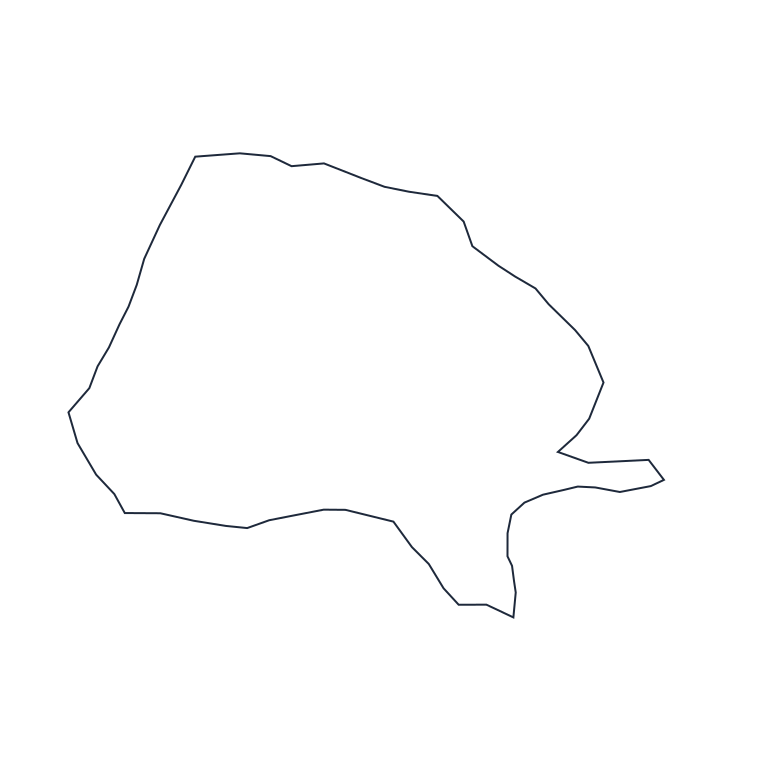 Gypsou, Cyprus (Robinson projection), rotated 106°
{"feature_id": "46923920B91151164993764", "entity_name": "Gypsou", "entity_type": "district", "adm_level": 2, "iso_a3": "CYP", "parent_name": "Cyprus", "parent_adm1": "", "projection": "robinson", "projection_center": [33.795, 35.283], "detail": "fine", "context": "isolated", "style": "outline", "palette": "slate", "viewbox_px": 768, "rotation_deg": 106, "n_neighbors": 0, "source": "geoboundaries", "source_scale": "gbopen_adm2", "svg_char_len": 991}
<svg xmlns="http://www.w3.org/2000/svg" viewBox="0 0 768 768"><g transform="rotate(106 384 384)"><path d="M399.0,88.5L384.0,108.7L393.7,137.2L403.4,165.8L401.4,198.1L380.1,184.8L360.8,177.2L322.1,173.4L291.1,198.1L279.5,215.2L262.0,247.6L250.4,264.7L244.6,287.5L238.8,306.5L227.2,337.0L205.9,352.2L188.5,384.5L192.3,413.1L194.3,437.8L192.3,462.5L188.5,502.5L200.1,532.9L196.2,555.8L202.0,586.2L217.5,628.1L248.5,633.8L293.0,643.3L329.8,649.0L356.9,649.0L380.1,650.9L399.5,654.7L424.7,658.5L446.0,664.2L469.2,666.1L498.2,679.5L525.3,662.3L550.5,635.7L564.1,612.9L579.5,597.6L569.9,563.4L567.9,529.1L564.0,496.8L560.2,475.8L546.6,456.8L536.9,437.8L521.4,407.3L515.6,386.4L513.7,337.0L533.1,312.2L544.7,291.3L564.0,270.4L575.6,251.4L567.9,224.7L572.7,195.3L548.1,199.9L537.8,204.6L523.5,210.8L515.6,217.8L493.4,224.1L474.4,225.6L459.3,216.3L446.6,200.7L436.3,182.0L429.2,169.5L425.2,152.4L422.8,127.5L414.1,110.3L408.6,99.4L399.0,88.5Z" fill="none" stroke="#1e293b" stroke-width="2"/></g></svg>